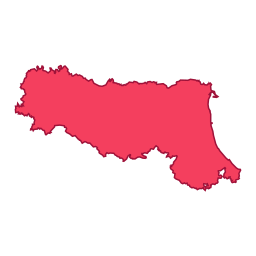 the district of Emilia-Romagna, Bologna, Italy
{"feature_id": "23120603B93883326437068", "entity_name": "Emilia-Romagna", "entity_type": "district", "adm_level": 2, "iso_a3": "ITA", "parent_name": "Italy", "parent_adm1": "Bologna", "projection": "mercator", "projection_center": [11.577, 44.436], "detail": "fine", "context": "isolated", "style": "filled", "palette": "rose", "viewbox_px": 256, "rotation_deg": 0, "n_neighbors": 0, "source": "geoboundaries", "source_scale": "gbopen_adm2", "svg_char_len": 5745}
<svg xmlns="http://www.w3.org/2000/svg" viewBox="0 0 256 256"><path d="M15.7,112.6L18.4,112.0L19.1,112.8L18.4,113.8L20.1,114.1L20.8,114.0L21.1,113.1L21.9,113.1L22.4,114.1L22.8,113.9L24.5,115.8L25.7,115.1L27.0,115.8L27.5,114.6L28.3,114.6L28.5,113.7L29.5,114.4L29.6,116.0L30.7,116.7L31.4,116.2L31.6,117.3L32.6,116.8L33.9,117.4L33.7,118.6L34.8,120.0L34.1,122.6L34.3,124.2L32.5,124.3L32.7,125.5L32.0,126.4L31.8,127.8L30.7,128.9L30.6,129.9L32.6,129.3L33.2,130.7L34.1,129.4L37.7,129.0L38.1,128.0L39.4,128.4L39.8,129.1L40.9,128.3L43.1,130.3L44.3,130.5L45.5,134.4L46.0,134.8L48.2,133.0L49.9,133.3L49.9,132.5L51.0,132.4L50.5,131.7L50.7,131.0L54.5,126.9L54.7,125.6L59.8,125.1L64.3,125.8L64.6,127.3L65.9,127.4L66.4,128.2L66.6,128.9L65.5,131.1L66.7,132.5L69.8,134.0L72.4,136.3L75.2,135.6L78.2,139.1L78.9,139.3L79.4,140.2L80.5,140.4L82.2,143.2L84.9,141.6L85.6,141.8L87.9,143.1L89.9,143.1L93.4,146.9L95.6,146.5L96.8,147.2L97.4,147.8L96.9,148.8L98.9,150.7L99.4,151.6L99.0,152.1L99.4,153.1L102.7,155.2L103.7,156.7L105.7,156.2L105.5,154.5L106.9,152.7L108.4,153.5L110.1,153.0L113.9,153.3L115.1,155.0L116.6,155.6L117.1,156.4L119.6,157.2L119.9,158.2L121.6,158.1L122.6,158.7L123.5,159.9L123.1,161.1L123.8,161.3L126.6,159.0L128.0,156.0L129.9,154.6L130.4,154.7L130.4,155.8L129.8,156.1L129.6,157.1L130.9,158.3L132.6,158.5L132.6,158.9L135.1,158.9L137.6,157.2L139.6,156.9L142.8,158.1L145.2,158.3L145.4,157.7L146.2,157.7L145.9,156.6L143.4,155.7L141.9,154.3L141.9,153.5L143.0,153.6L144.6,152.8L147.3,153.3L148.3,152.1L148.2,151.7L149.9,150.9L150.4,149.2L151.2,148.7L153.5,149.2L154.5,147.5L156.1,145.8L158.1,147.4L158.3,148.2L157.7,149.1L158.5,150.2L159.0,149.8L159.1,150.6L160.1,150.6L160.5,151.0L160.1,151.3L161.3,152.5L163.9,153.4L164.5,152.3L165.1,152.1L165.8,152.7L168.4,152.9L168.5,154.2L167.7,154.6L167.6,155.8L166.7,156.0L166.5,157.0L168.3,156.3L170.0,157.1L170.5,158.1L172.3,156.8L172.5,156.0L174.1,156.3L176.6,155.7L177.1,156.2L176.1,159.2L173.6,162.2L173.5,163.7L172.6,165.0L171.0,165.3L171.5,166.4L170.5,166.4L170.8,166.9L170.3,167.7L170.9,169.0L173.2,170.7L172.8,172.6L175.0,173.7L174.4,177.6L175.9,178.9L179.3,180.3L181.3,183.0L182.8,183.7L184.4,182.9L185.5,183.7L187.1,183.2L187.6,185.0L189.5,185.3L189.8,186.5L191.9,187.8L193.2,187.4L195.5,188.5L196.1,188.2L197.3,189.6L199.6,188.5L201.8,188.6L203.2,187.7L203.7,189.0L205.2,190.4L206.0,188.2L207.3,188.0L208.4,188.7L208.9,188.5L208.6,188.3L209.0,187.9L210.8,187.5L211.1,185.6L210.7,185.4L210.8,184.9L212.8,183.9L214.9,184.5L216.0,183.3L217.3,183.1L218.0,182.1L217.5,180.5L218.2,178.0L221.0,178.2L222.2,176.4L220.8,175.1L219.2,175.7L218.7,175.4L218.6,173.8L219.1,172.9L218.4,171.8L218.4,170.8L220.5,170.7L224.9,167.6L225.5,168.2L224.9,169.4L225.4,172.0L224.0,174.0L223.7,177.1L224.4,178.0L225.6,177.3L227.1,178.8L228.4,178.3L228.6,177.2L230.1,176.9L230.1,178.7L230.9,178.9L231.1,180.5L232.0,180.5L231.4,181.2L231.7,182.0L232.3,182.6L234.5,182.0L235.4,182.4L236.1,181.9L235.7,180.9L236.0,179.8L238.6,179.1L239.3,178.3L238.6,177.4L239.3,176.0L238.9,173.5L240.6,170.2L240.3,169.4L238.3,169.2L236.4,168.0L232.0,163.6L229.3,159.6L228.3,160.1L225.9,158.0L219.9,151.0L218.4,148.5L217.7,148.2L215.7,143.9L213.5,135.6L212.8,131.2L211.1,125.9L210.9,123.9L212.7,123.1L211.3,123.7L211.1,122.9L212.7,122.8L210.9,122.9L210.7,122.1L210.7,114.2L209.8,111.2L210.1,111.0L208.6,108.3L208.0,104.4L208.5,99.3L210.9,94.4L209.7,95.6L210.3,94.4L209.4,94.8L209.1,94.6L210.8,92.3L212.9,92.1L216.4,96.6L217.3,96.9L216.6,97.3L215.3,97.0L213.5,96.3L213.4,96.3L215.0,97.0L214.8,97.2L212.7,96.6L213.2,97.0L216.6,97.4L218.0,96.6L215.3,94.6L214.4,91.5L211.4,90.6L210.9,89.5L210.6,86.1L211.5,84.6L210.3,83.1L209.4,83.7L209.0,83.2L208.9,83.9L208.0,83.9L207.0,85.0L204.7,84.7L203.6,83.3L202.8,84.3L201.8,84.5L200.8,84.1L200.1,81.9L199.1,81.4L199.0,80.6L198.2,81.1L197.8,80.4L196.7,80.8L195.8,80.1L190.4,79.3L188.0,80.3L180.5,80.1L179.1,81.3L176.7,81.9L176.3,82.7L176.6,83.9L176.0,84.6L172.0,85.7L168.6,88.1L167.1,87.8L166.4,85.8L163.2,83.7L156.7,84.4L156.3,83.8L156.5,82.4L154.9,82.7L154.7,82.1L153.4,81.8L152.1,82.5L150.1,81.5L147.5,82.0L146.7,83.6L145.1,82.4L144.6,83.0L142.1,83.6L139.6,83.5L139.1,84.0L136.9,82.1L134.1,81.4L133.2,82.6L129.3,82.1L127.4,83.9L126.3,84.0L125.8,85.1L124.2,84.8L122.5,85.9L123.0,85.1L121.7,85.5L120.9,84.9L120.9,84.4L119.9,84.8L119.0,83.8L117.3,83.9L116.9,83.2L113.2,82.6L113.5,81.4L113.1,79.8L112.2,78.8L111.2,79.4L111.2,80.5L110.1,81.5L109.7,81.2L110.2,80.4L109.6,79.3L108.1,81.0L105.9,84.9L102.1,86.3L99.1,85.9L93.9,83.3L92.0,79.5L91.0,79.6L88.6,81.1L85.7,79.2L85.4,78.2L83.5,78.3L82.4,76.5L79.5,75.0L78.0,75.5L76.3,74.1L72.9,76.1L72.0,75.9L71.4,73.8L69.3,74.4L69.1,72.8L67.5,71.3L68.0,69.4L65.2,66.1L64.3,66.2L62.1,68.7L61.0,69.1L60.7,68.7L61.5,66.8L61.2,65.9L60.7,65.6L58.6,66.7L58.4,67.9L59.9,69.5L59.6,70.9L58.6,71.4L57.4,69.7L55.9,69.5L55.5,70.5L55.6,72.5L55.0,73.4L54.5,73.2L54.3,71.1L52.2,70.1L50.8,68.0L50.0,68.1L50.6,70.2L50.3,71.1L48.1,72.9L45.6,71.1L43.0,70.5L42.8,70.0L43.4,67.6L42.7,66.2L42.0,66.1L41.6,68.1L40.0,69.1L39.9,68.7L38.9,68.7L38.1,66.6L37.4,66.2L36.8,67.2L37.7,69.8L36.6,71.0L34.4,68.8L30.6,69.7L30.4,70.7L28.8,70.7L29.0,71.4L28.2,71.5L26.4,73.5L26.7,74.4L26.2,75.9L26.6,76.3L26.0,77.8L24.8,78.3L24.0,80.4L24.2,81.2L23.4,82.0L23.2,83.1L22.2,84.0L21.0,84.0L21.5,85.1L20.4,87.4L21.4,87.9L21.2,88.6L21.6,88.8L23.2,88.8L23.8,89.6L24.4,89.6L24.9,92.4L25.8,94.0L25.3,94.9L23.2,95.9L22.9,97.4L20.9,98.9L21.1,99.7L23.9,101.7L22.4,104.4L23.4,105.8L22.0,105.9L21.7,106.6L19.8,106.1L19.3,106.7L18.9,105.2L17.7,103.4L17.5,104.7L18.2,106.1L15.5,106.2L15.9,108.4L15.4,109.3L15.7,112.6ZM203.8,183.7L206.6,184.2L207.3,183.7L208.2,185.7L206.3,185.9L205.4,187.0L204.6,186.7L203.6,185.0L203.8,183.7ZM21.4,104.3L21.3,104.8L22.0,104.6L21.4,104.3Z" fill="#f43f5e" stroke="#9f1239" stroke-width="1.5"/></svg>